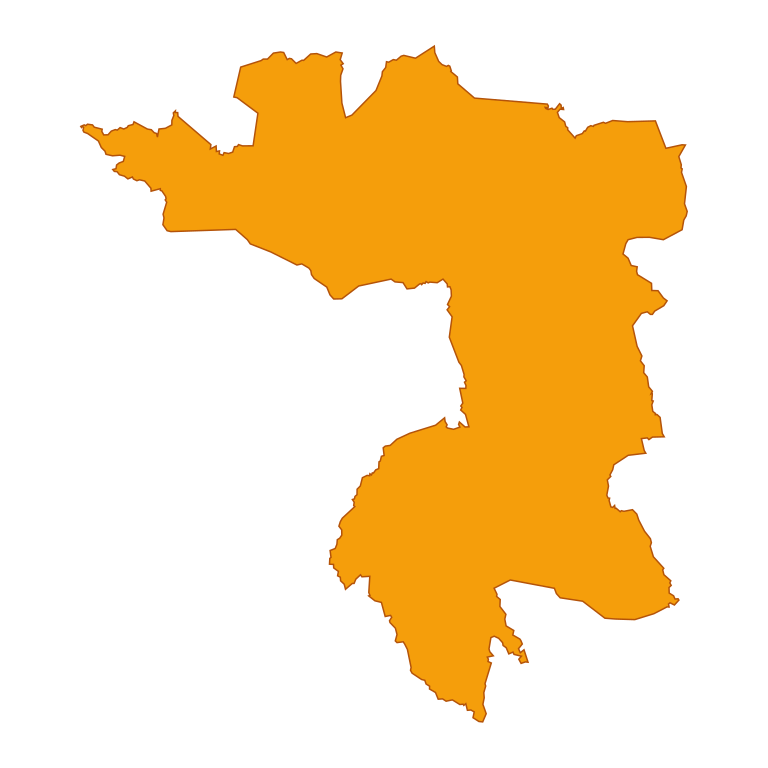 outline of Uruapan, Michoacán, Mexico
{"feature_id": "50627088B85692004459337", "entity_name": "Uruapan", "entity_type": "district", "adm_level": 2, "iso_a3": "MEX", "parent_name": "Mexico", "parent_adm1": "Michoacán", "projection": "robinson", "projection_center": [-102.127, 19.406], "detail": "fine", "context": "isolated", "style": "filled", "palette": "amber", "viewbox_px": 768, "rotation_deg": 0, "n_neighbors": 0, "source": "geoboundaries", "source_scale": "gbopen_adm2", "svg_char_len": 6070}
<svg xmlns="http://www.w3.org/2000/svg" viewBox="0 0 768 768"><path d="M482.7,721.9L486.2,713.7L482.9,704.3L484.2,697.8L483.8,692.6L485.7,686.0L485.0,683.7L491.3,663.0L488.0,661.5L488.4,659.3L487.3,657.1L493.3,655.8L489.8,651.7L489.0,648.9L490.9,637.6L494.2,636.2L498.7,638.3L502.6,642.7L503.1,645.5L506.2,647.7L508.8,653.9L513.0,652.1L514.0,654.4L521.4,656.2L518.8,659.2L521.1,663.4L525.4,661.9L528.0,662.2L524.0,649.8L520.3,652.7L518.5,648.7L522.3,644.0L520.9,640.6L519.8,639.0L512.8,635.0L513.8,630.5L506.1,625.9L504.8,619.1L505.9,614.3L499.9,606.5L500.2,599.5L496.6,596.4L497.0,594.3L494.1,588.2L510.3,580.0L554.4,588.3L556.4,593.6L560.2,597.8L582.7,601.2L604.9,618.2L615.2,619.0L634.8,619.6L653.9,613.7L667.0,606.9L669.1,607.0L668.5,604.0L670.0,602.8L674.4,605.0L678.9,600.1L678.1,598.8L675.0,599.0L673.6,595.8L669.2,593.1L669.0,587.5L671.2,585.4L669.8,582.9L670.8,580.8L663.9,574.7L662.7,569.8L663.8,568.3L653.4,556.8L650.2,546.3L651.4,542.7L650.4,538.7L644.5,531.2L638.8,520.2L636.8,514.1L632.5,509.7L624.0,511.3L621.3,510.7L620.2,511.7L616.1,508.2L615.1,508.4L614.6,505.5L612.7,507.4L610.9,506.9L609.1,500.5L609.6,498.2L608.0,498.0L606.8,495.2L608.5,486.1L607.3,479.9L610.8,476.4L609.9,475.0L612.7,469.7L613.8,464.8L628.2,455.3L645.8,453.2L644.2,450.5L641.4,438.6L647.3,437.9L648.9,439.6L652.4,437.1L664.2,436.8L662.3,433.5L660.1,417.4L657.1,414.6L655.3,414.7L655.5,413.5L652.8,411.4L651.8,404.8L653.2,401.0L651.8,400.6L652.3,394.0L652.1,393.0L651.3,393.5L652.4,391.3L648.7,386.8L647.3,377.0L643.7,372.7L644.2,365.7L640.4,360.8L641.9,356.0L637.1,346.3L632.5,325.8L641.4,313.4L647.3,311.8L650.4,314.4L652.4,314.4L654.7,311.1L663.8,305.7L667.1,300.8L663.4,298.0L658.0,290.7L651.8,290.5L651.5,283.3L637.5,274.7L636.6,271.3L637.2,266.8L631.2,265.5L628.1,258.2L623.0,254.0L625.8,243.7L628.1,239.7L637.0,237.4L649.5,237.3L663.4,239.7L682.1,229.7L683.8,220.0L686.2,215.9L687.2,211.4L684.5,203.8L686.4,186.5L681.5,172.4L682.2,168.9L681.0,167.9L681.3,164.8L678.8,156.6L685.4,145.0L682.0,144.8L665.9,148.3L655.4,120.9L627.6,121.7L612.7,120.5L605.5,123.3L603.4,122.3L594.0,125.3L593.4,126.4L590.8,125.7L587.7,127.3L585.4,131.1L584.3,130.9L582.3,133.6L576.3,135.7L575.1,138.1L567.7,129.8L567.7,127.7L565.8,126.4L564.6,121.9L559.2,117.6L557.4,112.3L560.1,109.2L563.6,109.5L563.2,107.5L561.3,108.4L561.1,105.1L559.6,103.7L555.3,109.2L552.8,109.3L552.0,108.2L548.1,109.5L545.7,108.4L545.2,107.4L548.0,107.8L548.4,106.0L547.3,104.1L474.5,98.1L457.8,83.8L457.4,77.0L450.8,71.5L451.3,70.8L449.8,66.2L448.3,65.4L446.5,66.4L442.0,64.6L438.7,61.4L434.8,52.6L434.3,46.1L415.5,58.2L403.8,55.4L401.1,56.2L396.4,60.2L393.3,59.6L388.7,62.2L386.5,61.7L385.7,67.5L382.4,71.7L381.9,76.0L376.0,90.5L351.9,115.1L345.6,117.7L341.9,103.1L340.5,81.4L340.7,75.3L343.0,68.8L340.9,65.1L343.2,63.7L340.2,59.7L342.2,53.0L335.8,52.0L326.7,57.0L316.8,53.6L310.7,54.0L303.6,60.4L302.0,60.2L296.1,63.4L291.5,58.8L289.4,58.4L287.2,59.6L283.7,52.5L280.5,52.0L273.4,53.1L267.5,59.1L263.2,59.1L261.1,60.6L240.7,67.1L233.8,97.0L237.1,97.7L257.9,113.2L253.1,145.8L242.5,145.9L238.5,144.6L237.4,146.4L234.5,146.7L232.7,152.1L228.6,153.5L224.1,152.6L222.9,155.3L219.2,153.9L219.5,150.9L216.4,151.5L216.1,146.0L210.3,149.0L210.9,144.6L178.0,116.4L177.7,112.6L175.3,112.5L175.4,110.9L173.3,112.9L173.8,115.5L171.9,120.3L171.8,124.9L165.4,128.3L159.0,129.0L157.4,137.1L156.6,133.5L154.2,132.7L151.3,129.7L147.5,129.1L134.0,121.8L133.0,124.5L128.3,125.7L127.2,127.4L123.8,129.0L120.1,127.6L117.3,130.1L115.3,129.6L111.3,131.1L108.0,134.8L103.7,134.9L101.8,131.3L102.2,129.2L94.3,127.2L92.5,124.9L87.5,124.2L85.8,125.6L84.2,124.9L80.8,126.4L81.5,127.5L82.4,126.5L83.6,127.3L83.0,130.4L83.9,132.1L87.6,133.5L98.4,141.0L101.3,147.5L105.0,151.2L106.0,154.3L112.5,155.8L120.0,155.2L124.7,156.4L123.3,161.4L119.1,163.0L116.6,165.0L116.0,168.7L112.8,169.5L114.3,171.4L117.1,171.7L119.4,174.7L124.5,176.2L127.9,178.9L132.4,177.0L133.4,179.0L136.9,180.7L139.5,179.8L144.7,181.0L150.9,188.2L151.1,191.2L160.3,188.7L160.3,190.4L161.9,190.9L165.6,196.4L166.1,198.8L165.2,199.9L166.7,202.2L163.1,214.2L164.0,217.9L162.9,224.7L167.1,230.7L170.8,231.6L235.7,229.4L247.4,239.7L250.3,243.9L270.9,252.0L296.9,265.0L301.8,263.9L308.9,268.1L310.8,270.6L311.5,274.6L314.2,278.5L326.8,287.1L330.0,294.9L333.7,299.0L341.9,298.8L358.7,286.0L391.1,279.1L395.0,281.9L403.0,282.6L407.0,288.9L414.5,288.1L419.5,284.0L421.0,283.7L421.7,284.6L423.1,283.0L425.1,283.4L426.1,281.6L428.2,282.9L429.8,282.1L437.2,282.7L443.0,279.1L447.2,283.9L447.5,286.9L449.9,286.7L451.1,289.8L451.4,296.2L447.5,304.5L449.6,306.7L447.1,309.8L452.1,316.8L449.3,337.2L458.9,362.2L461.4,365.5L464.1,374.5L463.9,376.9L466.2,380.8L464.5,382.2L466.0,385.5L465.8,388.4L459.7,388.3L462.8,403.1L460.8,406.0L462.0,407.4L460.7,410.0L465.5,414.4L468.9,426.8L465.1,427.0L459.4,422.0L458.6,424.4L459.9,427.1L453.6,429.3L447.4,428.0L446.2,426.9L447.1,424.8L445.1,421.5L444.6,417.8L435.6,425.2L409.9,433.2L396.8,439.3L390.2,445.4L385.3,446.1L383.2,447.8L384.1,455.5L381.4,456.3L380.3,461.0L379.0,461.8L378.7,468.6L375.7,469.9L373.5,473.0L372.3,472.9L371.5,474.9L369.9,473.8L369.7,475.7L367.1,475.4L362.4,477.7L360.3,486.0L357.1,489.2L357.0,494.7L355.0,496.4L354.4,498.9L352.4,499.5L354.2,502.3L353.7,505.5L354.8,506.6L342.3,518.2L340.3,521.7L338.9,526.2L341.7,529.9L341.8,535.1L339.7,538.2L337.3,539.7L336.9,544.3L335.2,548.5L330.1,550.5L331.0,557.4L329.8,558.4L329.5,564.2L333.5,564.4L333.7,567.9L338.4,571.4L337.6,575.8L340.3,577.2L340.6,580.8L344.2,584.2L345.5,589.3L352.2,583.5L354.1,583.4L355.8,579.2L360.5,574.8L361.9,576.8L369.8,576.3L368.8,592.5L369.9,595.4L368.7,595.9L374.9,600.8L381.4,602.4L385.2,616.5L390.6,615.4L391.7,617.3L389.5,620.7L390.0,622.6L395.4,628.2L397.0,634.5L395.3,640.9L397.0,642.6L403.2,641.8L404.6,643.9L407.4,649.4L411.1,667.5L410.5,670.3L412.1,673.2L421.6,679.5L424.8,680.3L426.1,684.0L429.6,686.2L429.5,689.0L435.5,692.5L438.2,699.2L442.6,698.9L446.1,701.2L452.4,699.9L459.8,704.5L463.1,704.2L463.8,705.4L465.8,703.7L467.4,710.3L470.9,710.0L474.2,711.9L473.0,717.7L478.9,721.5L482.7,721.9Z" fill="#f59e0b" stroke="#b45309" stroke-width="1.5"/></svg>